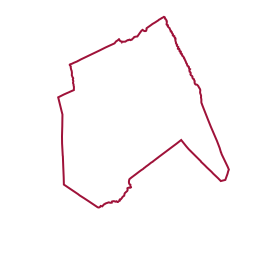 Nkayi, Matabeleland North, Zimbabwe (orthographic projection), rotated 66°
{"feature_id": "62879985B68584159333685", "entity_name": "Nkayi", "entity_type": "district", "adm_level": 2, "iso_a3": "ZWE", "parent_name": "Zimbabwe", "parent_adm1": "Matabeleland North", "projection": "orthographic", "projection_center": [28.451, -18.923], "detail": "fine", "context": "isolated", "style": "outline", "palette": "rose", "viewbox_px": 256, "rotation_deg": 66, "n_neighbors": 0, "source": "geoboundaries", "source_scale": "gbopen_adm2", "svg_char_len": 5042}
<svg xmlns="http://www.w3.org/2000/svg" viewBox="0 0 256 256"><g transform="rotate(66 128 128)"><path d="M188.4,187.6L188.8,186.9L188.7,185.5L188.1,184.7L189.1,183.4L188.0,181.0L188.1,180.2L187.8,179.5L188.1,175.8L189.1,174.6L189.6,173.2L188.8,172.7L188.6,172.4L189.1,170.6L190.2,169.4L190.2,168.4L191.3,167.8L191.5,167.3L191.2,166.7L191.0,165.0L190.2,164.9L189.9,164.5L190.2,163.5L189.5,162.1L188.8,161.1L188.3,159.4L188.3,159.0L188.0,158.8L186.8,158.0L186.4,157.6L186.1,157.1L185.5,155.3L185.3,154.5L185.2,154.3L184.6,153.7L184.4,153.5L183.9,153.4L183.1,153.2L182.8,153.0L182.7,152.9L182.7,152.3L182.8,151.7L183.0,151.1L183.2,150.9L183.4,150.4L183.5,150.1L183.4,149.6L183.4,149.4L183.0,149.3L182.3,149.4L182.1,149.4L181.5,149.3L180.8,148.9L180.6,149.0L179.8,149.5L178.9,149.5L177.9,149.2L177.6,149.1L176.6,148.5L175.5,147.7L175.4,147.6L175.2,147.1L174.7,145.3L173.2,138.7L172.5,135.8L171.8,132.6L171.7,131.6L171.4,130.3L171.1,129.6L170.9,128.4L170.6,127.5L170.0,124.6L169.0,120.7L168.9,119.3L168.6,118.5L166.9,111.4L165.2,103.9L163.5,96.5L162.0,89.8L160.6,84.3L168.6,82.2L172.2,81.1L188.0,75.0L188.4,74.9L188.6,75.0L193.4,73.0L196.1,72.0L202.0,69.5L204.4,68.7L210.6,66.1L214.2,64.8L215.0,60.3L215.0,60.2L210.2,55.6L208.4,54.2L207.0,52.8L204.3,52.7L190.1,53.1L188.1,52.9L188.0,53.0L183.6,52.4L176.1,52.0L168.4,51.9L160.4,51.8L152.6,51.5L136.6,50.8L136.4,50.7L135.3,50.7L134.9,50.7L134.0,50.4L132.1,49.5L130.3,49.0L129.7,48.9L128.5,48.2L127.5,48.0L125.7,47.9L124.6,47.6L123.6,47.0L123.1,46.7L122.7,46.6L122.1,46.4L120.8,46.5L120.3,46.6L119.5,46.7L118.4,46.7L117.5,47.0L117.1,47.1L116.8,47.2L116.1,47.8L116.0,48.0L115.8,48.5L115.6,48.6L115.0,48.8L114.6,48.9L114.0,48.7L113.8,48.7L113.3,48.6L113.1,48.5L112.6,48.3L112.5,48.1L112.1,48.0L111.9,48.0L111.1,48.1L110.3,47.9L109.3,48.6L108.2,48.7L107.2,48.2L106.7,48.3L105.9,48.7L105.3,49.1L104.3,49.1L103.3,48.3L103.2,48.3L102.2,48.4L101.6,48.8L100.1,48.4L99.5,47.4L98.6,48.0L97.5,47.7L97.5,47.8L96.9,47.9L96.1,47.8L95.3,48.4L93.3,48.2L93.2,48.1L92.8,48.2L92.4,48.4L91.8,48.3L91.2,48.2L90.5,48.3L89.8,48.2L89.4,48.2L88.9,48.3L88.2,48.2L87.6,48.3L87.3,48.5L87.1,48.5L86.7,48.2L86.4,48.3L86.1,48.3L85.8,48.4L85.2,48.4L84.8,48.6L84.7,48.7L84.5,48.9L84.3,48.9L84.0,48.9L83.7,49.0L83.3,48.8L83.2,48.8L82.9,49.0L82.7,49.0L82.3,48.7L82.1,48.7L81.6,49.4L81.4,49.5L80.8,49.4L80.4,49.2L80.3,48.9L80.2,48.8L80.0,48.7L79.7,48.7L79.4,48.8L79.3,49.2L79.2,49.5L78.8,49.6L78.7,49.4L77.8,49.2L77.4,49.1L77.1,49.4L76.9,49.3L76.5,49.1L76.4,49.2L76.3,49.5L76.0,50.1L75.9,50.2L75.6,50.1L74.8,49.3L74.5,49.1L74.4,49.1L74.2,49.3L73.2,49.8L72.7,49.9L72.3,49.7L71.9,49.3L70.5,49.7L70.0,49.7L69.5,49.4L68.4,49.3L67.8,49.2L66.3,48.8L66.1,48.6L66.1,48.4L65.6,48.2L65.3,48.2L65.3,48.6L65.2,48.6L64.6,48.6L63.4,48.6L63.1,48.7L62.9,48.4L62.5,48.6L61.7,49.4L61.4,49.4L61.2,49.3L60.7,48.8L60.1,48.9L59.3,49.2L58.7,49.2L58.3,49.0L58.0,49.0L57.3,49.6L57.1,49.4L57.2,49.2L56.6,49.3L56.3,49.5L56.1,49.5L54.4,49.5L53.8,49.4L52.0,50.2L51.2,50.2L51.1,50.3L50.9,50.3L50.8,49.9L50.6,49.8L50.3,49.8L50.1,49.8L49.9,50.0L49.3,50.6L48.9,50.6L48.4,50.2L48.2,50.1L47.6,49.7L46.7,49.4L46.3,49.4L46.2,49.3L46.1,49.1L45.8,49.2L45.7,49.2L45.2,49.1L44.6,49.2L44.2,49.2L43.8,49.3L43.3,49.7L43.2,49.7L42.8,49.6L42.2,49.4L41.9,49.4L41.6,49.5L41.2,49.8L41.0,50.2L41.1,50.5L41.3,51.2L41.3,52.7L41.4,53.2L41.5,53.4L41.7,55.8L41.9,56.3L42.0,56.6L42.4,59.3L42.5,59.6L42.9,63.1L42.9,63.3L43.0,63.7L43.2,64.5L43.8,67.4L43.9,68.2L44.1,68.9L44.2,69.2L44.3,70.1L44.4,70.4L44.6,70.6L44.8,70.7L45.3,70.9L45.6,71.0L46.0,71.4L46.3,71.7L46.5,71.8L46.6,72.0L46.6,72.5L46.1,73.6L45.7,73.9L45.5,74.1L45.2,74.3L44.3,74.7L44.5,75.8L44.6,76.0L45.1,77.1L45.3,77.3L45.8,78.2L45.9,78.4L48.2,82.2L47.9,83.0L47.5,84.7L47.5,85.5L47.6,85.8L48.1,86.4L48.3,87.5L48.7,88.3L48.9,88.7L48.8,89.1L48.7,89.7L48.7,90.1L48.4,90.4L48.2,90.4L48.1,90.6L47.9,90.7L47.9,90.9L47.8,91.7L47.9,92.0L47.6,92.5L47.6,92.8L47.7,93.2L47.7,93.6L47.8,93.9L47.8,94.2L47.9,94.5L47.9,94.8L48.0,95.2L48.0,95.4L47.9,95.7L47.3,97.1L47.2,97.3L47.1,97.6L47.0,97.8L46.8,98.1L46.8,98.3L47.0,98.6L46.8,98.6L46.7,98.6L46.4,98.6L46.2,98.9L46.1,99.2L46.0,99.3L45.4,99.7L44.7,100.0L44.2,100.0L43.3,100.0L43.2,100.1L43.2,100.3L43.4,100.6L43.8,102.1L44.0,103.6L45.2,105.9L45.3,115.7L45.6,122.3L46.2,144.1L46.3,144.3L46.4,146.8L46.5,146.9L46.4,151.7L46.5,152.2L46.5,152.9L46.3,154.8L46.3,155.1L46.5,155.5L46.9,155.6L47.2,155.6L47.7,155.4L48.1,155.3L48.4,155.2L48.6,155.3L48.9,155.4L49.6,155.8L50.2,155.9L51.1,156.1L51.7,156.2L52.7,156.2L54.3,156.6L55.2,157.0L55.5,157.1L56.6,157.7L57.0,157.9L57.6,157.9L57.9,157.9L59.1,158.0L59.5,157.9L59.8,157.8L60.2,157.8L60.3,157.9L60.5,158.0L60.9,158.4L61.1,158.6L61.7,158.8L62.4,158.8L62.9,158.9L63.6,159.3L64.1,159.7L64.5,159.9L64.9,160.0L65.4,160.0L65.6,160.0L66.0,160.0L67.3,160.5L68.3,160.6L71.3,162.0L71.3,173.0L71.6,179.3L84.4,181.6L89.0,182.4L99.6,187.3L108.8,191.7L115.3,194.5L126.8,198.9L127.1,198.9L136.8,202.8L146.9,206.8L153.6,209.6L168.0,200.6L170.1,199.5L170.2,199.4L174.1,196.8L179.4,193.4L188.0,188.0L188.4,187.6Z" fill="none" stroke="#9f1239" stroke-width="2"/></g></svg>